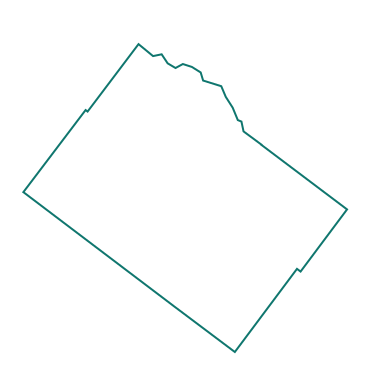 outline of Wheatland, Montana, United States of America, rotated 37°
{"feature_id": "52423323B53339114724210", "entity_name": "Wheatland", "entity_type": "district", "adm_level": 2, "iso_a3": "USA", "parent_name": "United States of America", "parent_adm1": "Montana", "projection": "natural_earth1", "projection_center": [-109.939, 46.486], "detail": "fine", "context": "isolated", "style": "outline", "palette": "teal", "viewbox_px": 384, "rotation_deg": 37, "n_neighbors": 0, "source": "geoboundaries", "source_scale": "gbopen_adm2", "svg_char_len": 463}
<svg xmlns="http://www.w3.org/2000/svg" viewBox="0 0 384 384"><g transform="rotate(37 192 192)"><path d="M60.3,106.1L60.2,190.6L57.7,190.6L57.4,293.6L246.8,294.1L322.5,294.0L322.1,190.2L326.6,190.2L326.3,112.6L219.0,112.6L219.0,112.4L196.7,112.6L189.1,106.0L185.3,107.0L173.8,100.2L161.7,95.7L151.7,89.9L133.8,96.3L127.0,91.3L116.6,92.2L107.7,95.3L104.2,102.9L95.1,103.9L84.9,100.3L79.1,106.9L60.3,106.1Z" fill="none" stroke="#0f766e" stroke-width="2"/></g></svg>